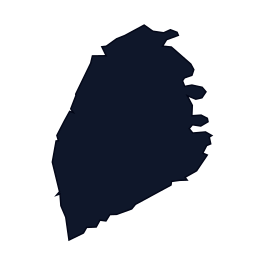 Wilson, Tennessee, United States of America (orthographic projection), rotated 78°
{"feature_id": "52423323B68514472010910", "entity_name": "Wilson", "entity_type": "district", "adm_level": 2, "iso_a3": "USA", "parent_name": "United States of America", "parent_adm1": "Tennessee", "projection": "orthographic", "projection_center": [-86.303, 36.156], "detail": "fine", "context": "isolated", "style": "filled", "palette": "ink", "viewbox_px": 256, "rotation_deg": 78, "n_neighbors": 0, "source": "geoboundaries", "source_scale": "gbopen_adm2", "svg_char_len": 1012}
<svg xmlns="http://www.w3.org/2000/svg" viewBox="0 0 256 256"><g transform="rotate(78 128 128)"><path d="M225.3,209.0L221.4,193.4L216.6,189.1L218.2,179.7L212.3,174.6L214.3,168.9L208.9,163.7L210.1,157.0L207.9,141.2L204.2,136.6L192.7,97.8L189.3,96.6L189.9,88.4L191.2,81.0L188.1,82.5L184.1,69.8L170.9,56.1L168.1,60.1L161.5,54.7L160.7,50.4L153.8,50.4L152.8,47.6L148.0,53.0L146.4,65.7L141.3,68.3L138.2,64.3L141.2,56.4L138.5,48.4L135.0,48.4L130.6,53.8L129.3,63.0L119.2,60.4L108.6,63.4L113.9,55.7L113.8,49.4L108.8,44.2L103.6,47.0L99.3,56.6L99.1,63.9L93.2,64.9L90.7,62.4L89.7,54.5L84.6,51.5L78.5,53.3L57.8,68.8L55.1,77.2L49.6,71.9L47.8,59.5L44.6,60.1L40.7,66.1L42.3,73.3L38.5,83.6L30.7,90.8L36.9,111.9L38.4,120.6L43.5,132.3L43.1,136.7L52.8,134.3L50.1,147.8L56.9,151.0L84.0,172.1L85.3,172.1L97.4,180.0L101.6,178.2L99.6,181.6L107.8,188.7L120.5,199.1L126.0,198.7L125.7,201.0L145.6,209.1L176.1,208.2L178.8,211.8L178.3,208.2L190.1,209.8L202.3,207.4L225.3,209.0Z" fill="#0f172a" stroke="#020617" stroke-width="1.5"/></g></svg>